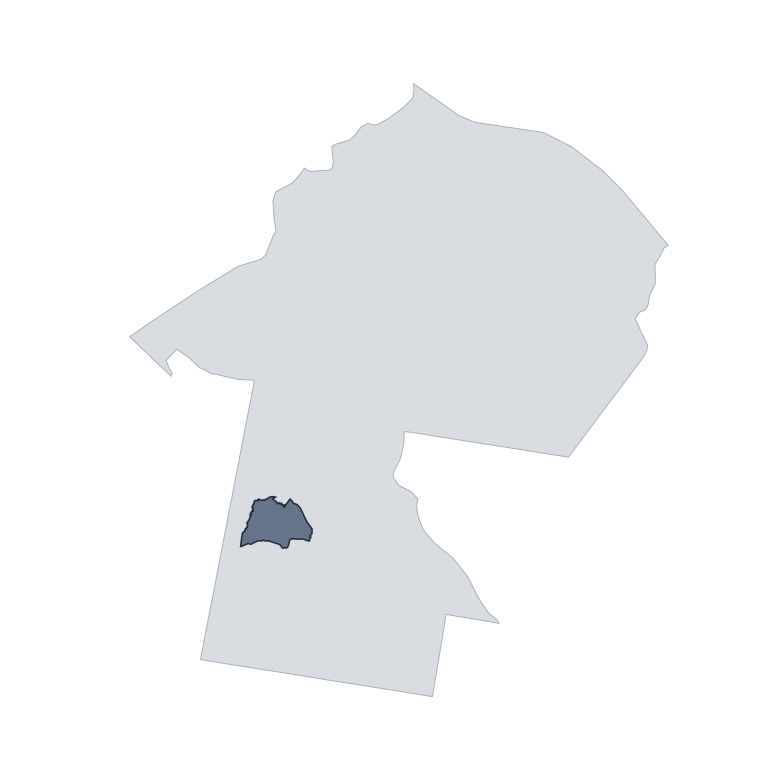 Santa Ana, Petén, Guatemala (highlighted), rotated 189°
{"feature_id": "79465075B84602984839461", "entity_name": "Santa Ana", "entity_type": "district", "adm_level": 2, "iso_a3": "GTM", "parent_name": "Guatemala", "parent_adm1": "Petén", "projection": "robinson", "projection_center": [-89.487, 16.831], "detail": "fine", "context": "in_parent", "style": "filled", "palette": "slate", "viewbox_px": 768, "rotation_deg": 189, "n_neighbors": 0, "source": "geoboundaries", "source_scale": "gbopen_adm2", "svg_char_len": 6755}
<svg xmlns="http://www.w3.org/2000/svg" viewBox="0 0 768 768"><g transform="rotate(189 384 384)"><path d="M125.3,565.7L128.7,562.0L131.6,553.2L135.1,544.2L133.0,533.9L131.7,525.4L135.7,513.2L135.4,504.0L137.3,498.3L143.1,494.7L146.3,487.7L129.6,463.5L129.7,458.0L131.9,451.3L145.5,425.5L161.8,394.8L179.6,361.0L190.4,340.6L229.4,340.6L255.2,340.6L288.0,340.5L323.6,340.5L346.9,340.5L356.6,340.3L355.0,327.0L356.2,312.4L360.5,299.1L360.5,293.3L353.6,286.1L340.1,281.9L332.6,275.6L332.6,267.6L329.3,257.9L322.8,246.5L309.2,234.8L288.7,222.9L271.2,206.9L256.8,186.8L244.6,173.9L235.2,168.5L233.0,165.6L260.5,165.9L286.6,166.1L286.8,137.3L287.0,111.7L287.3,82.8L334.4,82.9L390.8,82.9L449.3,83.0L495.2,83.0L522.2,83.1L521.0,118.9L519.5,160.4L518.5,190.9L517.1,231.6L515.7,273.2L513.8,329.9L512.5,366.6L513.1,367.4L528.5,365.7L551.2,367.3L556.8,367.1L563.8,370.3L569.1,371.3L580.7,379.6L594.3,385.8L602.9,373.2L598.4,365.6L594.9,361.7L595.5,358.3L642.7,391.0L637.1,396.0L625.1,407.7L603.4,427.6L583.9,445.4L565.1,461.6L548.2,476.1L546.2,477.6L524.8,488.0L521.2,492.7L516.6,513.3L514.5,518.4L518.4,529.8L522.3,547.5L521.1,556.7L506.2,568.0L499.4,578.2L496.4,584.8L493.7,583.1L489.1,582.6L478.5,585.2L473.4,585.7L469.1,588.7L468.7,595.0L471.5,605.3L472.6,610.6L469.6,613.1L456.5,619.3L451.4,625.4L446.4,634.9L440.7,638.9L434.7,638.1L430.5,639.5L421.4,646.7L407.8,660.4L400.5,670.7L400.3,678.3L401.7,685.2L352.1,660.9L335.6,656.7L265.9,657.3L236.0,647.7L202.0,629.3L179.0,612.6L125.3,565.7Z" fill="#d9dde1" stroke="#a8b0b8" stroke-width="1"/><path d="M500.5,214.8L500.4,205.7L500.2,203.1L500.2,201.0L498.8,201.7L496.8,203.0L496.7,203.0L496.3,203.2L496.1,203.4L495.8,203.6L494.8,204.1L494.7,204.1L493.8,204.9L493.6,205.0L493.4,205.1L492.7,205.3L492.2,205.1L491.6,204.9L490.8,204.8L490.1,205.0L489.2,205.6L489.0,205.9L488.0,206.6L487.6,206.8L487.3,207.1L487.2,207.2L486.3,207.8L486.2,207.8L485.8,208.0L485.5,208.2L485.2,208.5L484.3,209.2L483.5,209.5L481.9,209.6L480.9,209.9L479.8,210.0L478.9,210.8L478.6,210.9L478.5,211.0L478.3,211.0L477.6,210.7L477.4,210.5L476.7,210.5L476.0,210.6L475.9,210.7L475.6,210.7L475.5,210.8L474.6,210.7L473.4,210.9L472.7,210.8L472.0,210.8L469.9,210.4L468.6,210.2L468.4,210.2L466.5,209.8L465.9,209.7L465.5,209.8L464.7,209.6L464.4,209.7L462.7,209.3L462.3,209.3L461.9,209.2L461.5,208.9L460.7,207.9L460.2,207.6L459.9,207.4L458.6,206.1L458.2,206.0L457.8,206.1L457.6,206.2L456.8,206.5L456.6,206.7L455.8,206.8L454.9,206.6L454.6,206.8L454.5,207.0L454.3,207.4L453.7,207.9L453.6,208.2L453.4,208.7L453.0,210.7L452.7,214.8L452.6,215.0L452.1,215.6L451.0,216.6L450.7,216.7L450.5,216.8L449.8,216.8L449.3,216.9L448.2,216.9L447.8,217.0L447.6,217.1L447.0,217.2L446.7,217.1L445.8,217.1L445.3,217.3L444.6,217.4L443.8,217.4L442.8,217.6L442.6,217.7L441.0,217.9L440.6,218.1L439.2,218.2L438.4,218.1L437.3,217.6L437.0,217.5L435.8,217.4L435.4,217.4L434.9,217.3L433.8,217.2L433.1,217.3L433.1,218.1L433.2,219.0L433.0,219.3L432.9,219.8L433.0,219.9L432.9,220.2L432.8,220.3L432.6,220.8L432.2,221.0L432.3,221.0L432.2,221.1L432.2,221.4L432.3,221.5L432.8,221.6L433.1,221.9L433.1,222.0L433.3,222.4L433.3,222.8L432.0,224.2L431.8,224.7L431.8,225.4L431.8,225.5L431.8,226.1L432.0,226.8L432.0,227.6L432.3,229.2L432.4,229.5L432.6,229.6L432.5,229.8L434.5,231.7L434.8,232.1L436.1,233.3L438.0,235.3L438.3,235.6L438.5,235.8L438.9,236.3L441.2,239.5L441.5,240.2L441.9,240.6L443.2,242.5L443.5,243.0L446.8,247.6L447.6,248.8L448.2,249.3L448.4,249.4L450.5,251.0L451.2,251.5L452.2,251.4L452.6,251.7L453.6,251.7L453.8,251.8L454.2,252.0L454.5,252.0L455.2,252.1L455.4,252.4L455.8,252.9L456.1,253.7L456.2,253.8L456.9,254.3L457.4,254.8L458.0,254.9L458.8,255.7L459.1,255.2L458.9,255.0L459.0,254.8L459.4,254.3L459.5,254.3L459.6,254.2L459.6,253.8L459.6,253.7L459.9,253.6L462.2,249.1L462.5,249.3L463.0,248.5L462.8,248.2L462.6,248.1L463.0,247.1L464.0,247.6L464.2,247.3L464.8,247.7L464.2,248.8L464.4,248.8L464.9,248.9L465.1,248.9L465.6,249.1L466.2,249.6L466.3,249.9L466.4,250.1L466.6,250.0L466.8,250.1L466.9,249.8L467.1,249.5L467.2,249.1L467.5,249.3L468.0,249.8L469.1,250.2L469.4,250.1L469.4,249.9L469.9,248.9L471.5,250.0L471.6,250.4L471.6,250.6L471.8,250.9L471.9,251.1L472.5,251.3L472.9,251.3L473.5,251.5L473.8,251.9L476.0,253.0L475.3,253.8L475.2,254.4L474.9,254.7L474.4,254.4L474.1,254.9L473.5,255.3L474.0,255.4L476.4,255.4L478.0,254.9L479.1,254.4L480.2,253.8L480.7,253.1L480.9,252.7L481.1,252.6L481.5,252.2L481.9,252.0L482.3,251.7L482.9,251.7L483.1,251.6L483.4,251.4L483.5,251.2L483.6,250.3L483.7,250.2L483.9,250.3L484.1,250.3L484.3,250.2L484.7,250.2L485.3,250.6L485.6,250.6L486.0,250.6L486.3,250.3L486.5,250.2L486.9,250.1L487.3,249.9L487.5,249.8L488.1,249.9L488.2,250.0L488.4,250.2L488.9,250.5L489.2,250.8L489.4,250.7L489.8,250.7L490.0,250.5L490.1,250.0L490.1,249.9L490.3,249.8L490.6,249.8L490.6,249.6L490.4,249.5L490.4,249.4L490.4,249.1L490.5,249.0L490.9,248.9L491.7,249.0L492.7,249.0L492.9,249.0L493.1,248.9L493.3,248.6L493.4,248.4L493.4,248.0L493.5,247.9L493.8,247.7L493.8,247.3L493.8,247.1L493.7,246.8L493.8,246.7L493.9,246.4L493.6,246.2L493.6,245.8L493.8,245.5L494.0,245.1L494.2,244.9L494.3,244.7L494.6,243.7L494.8,243.3L494.8,243.1L494.9,242.9L495.0,242.5L494.9,241.9L494.7,241.8L494.6,241.7L494.8,241.5L494.7,241.2L494.8,241.0L494.8,240.9L494.7,240.9L494.4,241.0L494.3,240.7L494.1,240.6L494.1,240.4L494.0,240.2L493.9,239.6L493.7,239.5L493.7,239.1L493.8,239.0L494.0,238.9L494.0,238.7L493.6,238.5L493.6,238.4L493.5,238.2L493.9,238.2L494.0,238.1L494.1,237.8L494.0,237.7L494.1,237.4L494.3,237.4L494.5,237.4L494.6,237.2L494.7,237.3L494.9,237.4L495.0,237.1L495.0,236.7L495.2,236.3L495.2,236.2L495.4,236.0L495.6,235.7L495.4,235.6L495.2,235.7L495.1,235.4L495.0,235.1L494.7,234.9L494.8,234.5L494.8,234.4L494.5,234.1L494.7,233.6L494.8,233.6L495.0,233.5L495.1,233.3L495.3,233.3L495.6,233.4L495.4,233.1L495.5,232.6L495.4,232.5L495.2,232.8L495.1,232.7L495.1,231.9L495.6,231.4L495.5,231.0L495.5,230.4L495.6,230.0L495.9,229.7L496.0,229.6L496.0,229.3L496.0,229.0L496.1,228.7L496.1,228.3L496.4,228.2L496.5,228.0L496.5,227.8L496.4,227.5L496.4,227.2L496.3,226.9L496.4,226.7L496.5,226.7L497.2,226.7L497.3,226.6L497.4,226.2L497.3,225.9L497.4,225.7L497.5,225.4L497.5,225.2L497.3,225.2L497.1,225.2L497.1,224.9L497.2,224.7L497.2,224.3L497.2,224.2L496.7,223.8L496.5,223.4L496.6,223.1L496.9,222.3L497.0,221.9L496.9,221.7L496.6,221.5L496.5,221.2L496.4,221.0L496.4,220.8L496.5,220.8L496.9,220.8L497.0,220.8L497.2,220.6L497.3,220.3L497.6,220.1L497.6,219.7L497.9,219.7L498.1,219.6L498.3,219.2L498.4,218.6L498.2,218.5L498.3,218.2L498.3,217.8L498.5,217.4L498.4,217.3L498.2,217.3L498.2,217.2L498.3,217.0L498.5,217.0L498.7,216.7L498.8,216.6L499.1,216.3L499.4,216.1L499.3,215.8L499.6,215.7L499.7,215.3L499.9,215.4L500.0,215.4L500.0,215.1L500.3,214.9L500.5,214.8Z" fill="#64748b" stroke="#1e293b" stroke-width="1.5"/></g></svg>